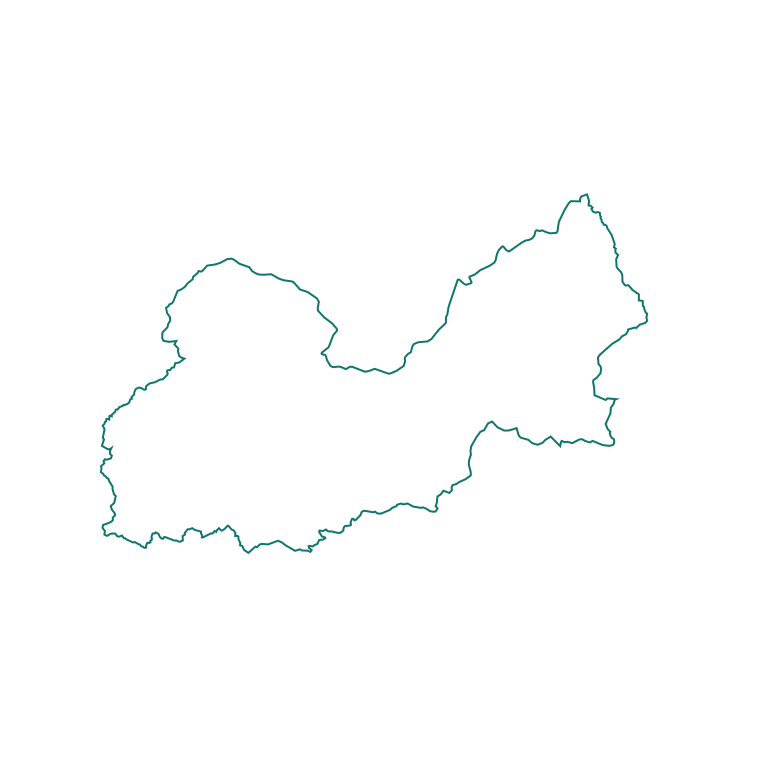 Thuong Xuan, Thanh Hóa, Vietnam, rotated 117°
{"feature_id": "81297802B72882386082996", "entity_name": "Thuong Xuan", "entity_type": "district", "adm_level": 2, "iso_a3": "VNM", "parent_name": "Vietnam", "parent_adm1": "Thanh Hóa", "projection": "natural_earth1", "projection_center": [105.249, 19.914], "detail": "fine", "context": "isolated", "style": "outline", "palette": "teal", "viewbox_px": 768, "rotation_deg": 117, "n_neighbors": 0, "source": "geoboundaries", "source_scale": "gbopen_adm2", "svg_char_len": 6166}
<svg xmlns="http://www.w3.org/2000/svg" viewBox="0 0 768 768"><g transform="rotate(117 384 384)"><path d="M205.6,180.4L201.9,181.4L201.5,183.3L199.2,186.0L197.4,187.1L196.9,188.8L192.5,191.2L193.8,194.9L188.6,197.5L188.0,199.0L188.4,200.2L187.9,201.0L187.4,205.2L185.0,211.0L186.6,213.4L186.6,214.2L184.7,217.9L178.5,221.3L176.6,223.8L175.2,228.1L173.9,230.0L167.4,233.8L162.8,234.0L161.7,237.5L159.0,239.0L158.1,238.9L157.8,241.2L154.6,241.9L148.0,248.7L143.9,255.6L142.1,257.4L141.8,258.6L142.3,260.7L141.3,261.4L140.8,263.5L139.0,264.6L137.8,266.5L136.5,266.7L135.7,268.0L133.5,269.4L133.7,271.6L135.3,273.2L135.5,276.1L133.8,278.7L132.2,278.2L131.4,280.6L132.0,282.8L127.8,284.4L122.9,289.2L127.5,293.4L130.1,293.3L132.3,292.2L136.2,300.4L138.6,301.4L146.4,302.1L160.2,301.8L169.0,298.8L171.0,299.0L174.1,303.9L175.1,308.2L175.3,312.9L177.0,314.5L177.7,317.8L179.2,318.4L183.5,317.4L186.9,318.1L189.7,320.1L192.1,323.2L195.0,325.2L209.1,332.7L209.2,335.8L207.3,340.2L207.9,341.2L212.5,342.5L216.6,342.4L223.6,340.6L226.0,340.9L230.6,343.5L238.8,349.9L245.3,352.8L249.5,356.5L250.4,356.3L253.5,352.2L254.5,352.1L258.4,355.9L258.4,358.4L256.9,364.0L257.2,365.2L258.0,365.6L285.8,361.5L293.5,359.1L296.1,359.1L301.6,356.6L310.7,359.8L322.5,362.2L326.4,364.7L331.3,372.5L334.9,375.5L337.9,375.8L343.3,374.5L346.7,376.4L350.4,377.3L351.7,377.2L354.4,375.4L359.1,374.7L366.9,379.0L372.0,383.4L372.8,385.0L374.7,399.2L379.4,403.5L381.7,406.5L383.1,420.1L384.2,422.3L388.0,424.6L388.4,430.3L389.0,432.2L392.2,437.2L392.2,440.0L388.8,445.4L385.2,448.8L384.9,449.7L385.6,452.8L385.2,453.5L384.0,453.5L376.3,450.0L363.7,451.4L357.9,450.1L356.2,451.1L353.5,458.0L351.8,467.6L348.6,476.2L346.5,477.5L340.4,479.3L338.2,482.7L336.7,493.7L337.9,501.8L334.5,510.3L334.3,512.2L337.2,520.8L337.8,525.6L337.4,534.3L341.4,541.0L343.2,545.1L343.6,548.0L343.3,552.7L341.1,557.2L342.5,567.4L341.4,574.0L341.5,576.7L343.8,580.3L350.4,584.9L354.2,588.8L358.8,595.3L365.9,597.2L366.8,597.9L367.6,600.5L369.4,600.4L375.2,602.7L377.7,602.1L383.2,604.6L388.1,605.6L391.6,607.5L394.8,610.2L406.3,609.2L408.5,609.6L410.6,611.4L412.2,611.3L415.1,612.8L419.3,609.4L421.7,605.0L424.6,603.3L428.7,603.5L431.8,602.7L438.7,604.8L443.7,602.5L445.6,600.2L444.1,594.8L440.0,588.6L443.9,588.7L445.8,583.3L448.2,582.6L451.9,579.3L452.5,576.7L452.0,573.4L457.8,576.2L460.3,579.5L464.5,578.6L466.0,580.6L468.5,580.8L470.2,583.2L471.3,583.1L473.0,581.4L474.3,581.3L480.3,583.2L481.6,585.4L486.5,589.0L489.9,593.1L493.5,594.8L495.1,594.7L496.3,593.8L497.4,594.2L498.0,595.1L497.8,598.7L498.6,601.0L501.3,602.9L505.0,602.7L506.5,601.9L510.5,603.0L511.5,601.9L513.2,603.1L516.0,602.6L517.6,603.2L520.7,605.7L521.0,606.7L522.4,607.1L524.8,609.3L527.4,609.6L528.5,611.2L530.9,611.0L535.0,612.6L536.4,611.9L536.7,613.8L537.4,614.0L540.4,612.7L540.5,614.4L541.3,615.4L543.5,614.7L544.4,615.4L546.8,615.0L548.7,615.8L551.1,612.5L559.6,610.1L560.6,608.3L567.2,607.3L567.5,600.3L566.5,598.7L564.9,597.8L568.0,597.7L570.6,596.6L571.5,593.9L574.3,593.6L577.4,596.9L577.8,598.5L580.1,598.9L581.6,597.2L585.8,598.8L587.1,597.6L591.1,596.2L591.5,593.4L592.5,592.2L592.7,589.8L593.6,588.3L593.5,586.6L595.3,584.8L598.6,579.3L600.8,578.2L604.9,574.4L605.7,572.1L612.4,570.4L616.8,572.0L619.3,569.6L621.6,565.0L623.2,564.1L626.2,565.0L628.4,563.8L629.4,564.0L631.8,565.3L637.2,570.3L640.0,569.5L641.6,566.0L645.1,564.8L645.1,561.9L641.3,559.4L640.3,557.7L639.3,555.4L640.7,552.7L640.4,550.8L638.0,548.7L639.5,545.9L639.0,544.6L639.4,542.5L639.1,535.5L637.9,534.2L638.2,530.0L637.8,528.7L638.8,526.6L638.4,525.0L638.8,523.1L637.6,521.7L636.2,522.6L632.9,522.8L632.1,520.9L631.1,520.2L629.9,521.0L627.9,520.2L625.5,521.9L622.2,522.3L621.1,520.2L619.9,520.0L619.9,516.9L622.0,514.3L622.7,511.7L622.0,510.5L620.3,510.4L619.7,509.5L618.7,499.9L617.6,497.7L617.6,495.3L617.0,494.0L614.7,492.2L611.0,494.4L608.6,493.0L607.0,493.9L602.6,493.0L601.7,491.3L599.5,489.4L599.9,486.5L598.6,480.0L600.0,479.4L601.9,476.9L603.3,476.7L603.3,476.0L595.6,470.3L595.2,469.0L591.9,468.2L591.9,466.3L590.5,466.6L587.4,465.6L588.4,463.0L588.3,462.0L585.7,460.3L581.2,459.0L581.0,458.2L582.8,453.9L582.7,451.6L584.2,448.8L587.1,447.5L585.9,445.9L586.0,444.5L588.6,443.0L590.9,439.9L593.1,439.0L592.7,436.6L595.4,433.3L596.0,428.2L587.3,424.8L587.1,423.1L583.3,421.8L581.9,420.2L579.5,414.4L571.9,407.4L571.5,402.9L572.4,398.9L573.0,387.5L569.4,383.8L569.6,381.7L567.1,376.2L567.1,373.5L564.8,373.0L564.1,376.3L562.8,377.5L562.2,377.1L560.9,373.6L559.0,372.8L556.9,370.8L552.4,370.9L550.4,367.8L548.0,366.3L547.5,366.9L548.0,370.1L545.2,374.7L543.9,374.9L542.7,371.6L540.0,369.6L540.7,366.9L539.0,363.3L537.7,357.8L536.5,355.4L533.2,353.7L530.3,354.7L528.3,354.3L525.6,350.1L524.5,349.4L522.6,350.9L518.7,351.2L518.0,350.1L518.9,348.3L517.5,347.3L511.7,345.5L508.2,345.8L506.0,344.4L503.1,335.1L501.8,334.1L502.3,331.1L501.0,328.0L493.6,321.6L490.7,320.5L487.1,317.5L485.5,317.4L482.8,314.6L482.5,312.1L479.8,308.8L479.9,302.0L477.6,294.9L476.2,293.2L475.9,289.7L476.4,285.3L475.5,282.2L474.2,280.2L470.5,279.8L469.4,282.5L465.9,283.0L460.0,285.3L456.5,283.3L452.1,282.6L451.4,276.3L447.7,275.3L445.6,276.8L443.0,277.0L440.2,274.1L437.2,272.5L431.8,268.1L426.1,265.2L423.1,266.7L417.3,271.9L413.7,273.5L407.5,274.5L404.5,276.5L399.9,278.0L389.2,277.5L382.8,276.4L379.6,273.8L372.1,273.5L368.4,270.7L371.0,263.3L370.9,255.7L368.7,251.6L363.1,245.8L368.0,241.3L369.2,239.6L369.7,237.5L368.2,230.1L369.4,225.0L368.4,219.6L364.5,216.1L360.6,214.9L355.2,211.6L359.4,198.8L355.3,200.0L353.9,199.7L354.0,197.0L352.2,194.2L351.3,189.5L344.8,184.8L343.3,182.6L343.4,178.7L342.6,174.1L340.0,172.3L339.1,161.3L336.9,155.3L334.4,152.3L332.4,152.2L329.6,153.4L328.6,154.6L328.7,156.4L327.3,158.7L325.5,160.5L323.9,160.5L322.6,164.2L319.0,168.4L307.5,168.9L302.1,171.1L297.4,170.4L293.5,171.3L292.1,170.2L295.3,178.2L297.6,179.3L298.4,191.3L291.6,195.3L287.3,198.6L285.5,199.2L282.2,197.4L276.3,196.0L272.3,197.2L270.2,198.8L268.7,202.0L263.3,205.4L260.1,205.0L244.7,199.0L237.4,194.5L233.7,193.7L229.8,191.0L226.1,190.7L224.6,191.2L219.9,186.2L219.6,184.7L215.1,183.1L211.0,179.0L208.2,178.2L205.6,180.4Z" fill="none" stroke="#0f766e" stroke-width="2"/></g></svg>